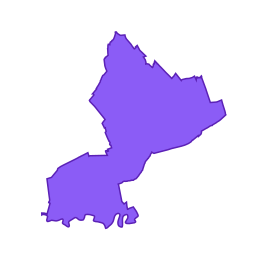 the district of Murgeni, Vaslui, Romania, rotated 81°
{"feature_id": "2599482B64804432182882", "entity_name": "Murgeni", "entity_type": "district", "adm_level": 2, "iso_a3": "ROU", "parent_name": "Romania", "parent_adm1": "Vaslui", "projection": "robinson", "projection_center": [28.041, 46.199], "detail": "fine", "context": "isolated", "style": "filled", "palette": "violet", "viewbox_px": 256, "rotation_deg": 81, "n_neighbors": 0, "source": "geoboundaries", "source_scale": "gbopen_adm2", "svg_char_len": 5787}
<svg xmlns="http://www.w3.org/2000/svg" viewBox="0 0 256 256"><g transform="rotate(81 128 128)"><path d="M200.4,226.7L200.2,226.2L200.1,225.5L200.4,224.2L201.1,222.6L201.7,221.9L202.5,221.3L203.0,221.3L206.3,222.7L207.4,222.5L207.6,222.4L207.7,222.2L207.8,221.1L207.7,220.5L207.6,219.9L207.2,218.3L207.2,217.7L208.3,214.3L208.5,213.5L208.5,212.9L208.5,212.2L208.3,210.8L207.6,208.2L207.6,207.1L207.8,206.8L208.0,206.6L208.5,206.5L209.2,206.6L210.0,206.9L211.3,207.5L211.9,207.5L212.8,206.8L213.6,205.7L215.6,203.6L216.0,203.1L216.3,202.4L216.3,202.1L216.2,201.8L215.7,201.4L214.9,201.2L211.9,201.4L211.4,201.1L210.8,200.5L208.2,194.4L208.4,193.5L208.5,193.2L209.3,192.2L210.6,191.2L211.3,190.1L211.7,188.9L211.8,187.2L211.8,186.8L211.4,186.2L210.2,185.4L209.4,184.9L207.9,184.4L207.2,183.9L206.9,183.4L207.0,181.5L207.6,179.1L209.1,175.8L209.4,175.3L209.8,175.0L210.0,174.9L210.6,175.0L211.8,175.5L213.4,176.4L214.0,176.6L214.3,176.5L214.7,176.0L215.4,174.5L215.7,173.1L216.3,171.5L217.4,169.0L218.1,167.7L219.1,166.9L220.2,166.4L221.7,166.0L223.0,165.9L223.6,165.7L223.5,164.6L223.0,163.6L222.1,162.4L221.3,161.0L220.6,159.9L219.9,159.0L218.7,157.9L217.6,157.1L213.4,155.2L212.3,154.4L211.2,153.1L210.8,151.5L210.8,151.0L211.4,150.0L211.6,149.8L212.3,149.6L212.6,149.6L214.0,150.1L217.4,151.9L219.1,152.6L219.6,152.7L221.2,152.9L222.5,152.7L223.5,152.2L223.9,151.7L224.5,150.8L224.8,150.0L224.8,149.3L224.6,149.1L223.1,148.6L217.6,147.8L215.5,147.2L214.9,146.8L214.3,146.4L213.5,145.0L213.2,143.4L213.2,143.0L213.4,142.5L214.0,142.1L214.7,142.0L215.8,142.0L216.8,142.3L217.4,142.7L220.4,145.2L221.0,145.3L221.3,145.2L221.6,145.0L222.1,144.2L222.6,141.7L222.6,138.5L222.6,136.5L222.4,136.0L222.2,135.5L222.1,135.3L221.5,135.1L220.7,135.4L220.0,135.9L219.4,135.8L219.1,135.7L218.6,135.1L218.0,134.2L216.9,132.1L216.4,131.8L216.2,131.7L215.0,131.8L211.7,132.8L206.8,135.1L207.6,139.5L208.2,140.6L208.2,141.2L204.8,141.3L201.0,141.1L202.4,143.8L199.6,145.6L182.7,146.2L182.3,146.4L181.8,146.4L181.6,144.7L181.5,144.4L181.5,144.0L181.2,142.7L180.1,141.0L180.0,140.0L180.3,138.9L180.4,137.0L180.2,136.1L180.4,134.7L180.3,133.3L180.2,133.3L180.1,132.7L180.3,131.9L180.4,130.7L180.0,130.2L179.7,129.8L179.7,129.4L179.5,129.0L179.4,128.1L179.0,127.6L178.8,127.3L178.6,127.1L178.5,126.9L177.1,125.4L176.9,125.1L176.8,124.9L175.9,124.3L174.9,123.2L174.3,122.7L174.1,122.4L174.0,122.1L173.3,121.7L172.6,121.1L172.5,120.9L172.2,120.7L171.9,120.2L170.6,119.7L169.2,118.9L168.9,118.9L168.0,118.3L167.5,118.1L166.4,117.6L165.4,116.8L164.9,116.6L164.1,116.2L163.2,115.3L161.8,113.6L161.3,113.3L161.1,112.7L159.8,111.6L159.0,110.6L157.4,109.8L156.1,108.5L155.6,108.2L156.0,107.9L156.7,107.0L157.1,106.3L155.7,91.9L155.1,88.1L154.3,78.3L153.8,74.7L153.4,73.0L152.7,70.5L151.5,67.9L150.0,66.3L150.0,66.2L150.1,65.9L146.5,59.9L147.4,59.8L145.6,57.0L144.2,56.2L142.6,56.0L140.7,51.1L140.2,49.5L138.9,46.6L138.6,45.5L138.7,44.5L138.6,44.3L138.2,44.1L136.5,39.8L136.0,39.0L135.3,37.2L134.4,35.5L130.3,29.3L129.5,29.6L128.1,29.5L126.3,29.7L119.5,30.7L115.0,31.2L116.0,35.3L116.2,36.7L115.7,42.7L102.6,44.9L102.3,44.9L90.2,47.3L90.1,47.5L89.7,47.3L88.9,47.4L88.6,47.2L88.0,47.4L88.3,47.8L88.9,48.3L89.3,48.8L89.6,49.0L89.6,49.3L89.4,49.5L89.2,49.8L89.3,50.3L89.4,50.5L88.9,51.1L89.3,51.3L89.4,51.5L89.2,51.7L88.8,51.5L88.4,51.9L88.4,52.1L88.5,52.2L89.0,52.2L89.1,52.6L89.3,52.8L89.6,52.7L90.5,52.9L91.2,53.1L87.2,54.2L88.2,56.6L88.6,59.8L88.3,62.8L88.6,66.5L88.9,67.7L89.4,68.0L81.5,72.4L84.2,74.9L84.8,75.9L85.4,76.4L85.9,77.0L82.1,79.7L79.0,82.0L73.6,85.7L71.4,87.3L69.8,88.3L69.7,88.3L69.1,89.2L68.7,89.1L65.9,91.0L66.5,91.2L67.0,91.7L67.4,91.7L67.6,91.5L67.9,91.6L67.8,91.8L68.0,92.0L68.4,92.0L69.1,92.4L69.0,92.7L68.8,92.8L69.0,93.0L69.3,93.1L69.6,93.0L70.1,93.2L70.3,93.2L70.5,93.4L70.9,93.6L71.1,93.6L71.5,94.0L71.8,94.0L72.1,94.4L71.7,94.9L71.2,95.1L69.5,96.6L68.2,97.4L67.6,99.1L67.5,99.8L67.6,100.4L66.8,100.3L66.3,100.0L66.0,100.0L63.2,100.3L62.5,100.7L61.2,101.2L60.3,101.7L59.8,99.1L53.1,104.2L47.9,106.0L49.1,107.9L49.7,107.6L50.1,108.3L50.7,108.8L50.8,109.4L50.6,109.6L47.7,111.1L45.7,112.0L39.9,115.6L38.7,116.1L37.2,116.4L35.6,116.5L35.5,117.9L35.4,119.6L35.4,120.3L35.2,121.1L34.5,122.0L33.4,123.2L32.6,123.9L31.5,124.4L31.2,124.7L31.2,125.5L31.3,125.6L31.7,125.6L32.4,125.5L33.9,126.1L36.1,127.2L37.9,128.3L38.8,129.3L39.1,130.2L40.1,130.8L40.2,131.1L40.2,131.7L40.5,132.1L41.7,132.7L42.9,133.0L42.2,134.2L42.2,134.4L43.3,134.9L46.0,135.4L46.6,135.8L47.1,135.7L51.3,136.2L53.1,136.3L53.5,137.0L53.9,137.6L54.1,138.1L54.5,138.6L54.5,139.0L54.8,139.2L54.8,139.4L55.1,139.6L55.4,139.7L55.4,139.9L55.7,140.1L56.1,140.6L56.7,140.9L63.0,141.1L65.7,140.7L68.5,140.0L69.0,140.4L69.5,141.0L71.5,143.2L71.9,143.9L72.2,144.7L72.3,144.8L74.9,146.6L75.7,146.8L76.8,147.8L78.1,148.2L79.8,149.6L81.3,150.7L82.2,151.6L84.1,153.2L84.5,152.9L88.7,157.7L88.8,157.0L90.0,156.5L93.5,160.5L94.3,161.5L94.7,161.8L96.0,161.4L101.4,157.6L116.0,149.3L117.9,151.4L119.4,152.8L123.1,151.6L124.3,151.3L124.2,150.4L124.6,150.5L127.9,150.1L128.2,150.3L128.6,151.0L128.9,151.2L134.3,149.9L138.2,148.8L138.2,148.5L138.3,148.5L139.8,148.0L140.9,148.6L141.3,148.6L142.1,148.3L142.3,148.0L142.4,147.6L145.0,147.3L145.8,151.4L147.7,151.0L147.9,151.8L147.5,151.9L147.3,152.1L146.9,152.8L147.0,153.3L147.1,153.7L147.8,153.8L151.8,152.7L150.9,159.3L149.5,169.7L149.5,170.3L149.8,171.0L146.1,171.5L148.0,177.2L148.0,177.6L148.4,178.2L148.4,178.8L149.0,180.1L149.0,180.6L149.7,182.3L150.7,185.3L154.4,197.2L155.7,201.0L156.1,201.7L157.0,203.6L157.9,204.1L158.7,204.4L164.8,211.3L165.5,216.0L182.1,216.5L186.6,216.6L187.4,216.8L188.9,217.5L189.0,217.6L188.9,217.9L189.3,218.0L189.4,217.7L190.1,217.0L190.2,216.8L200.3,221.4L199.9,221.9L198.9,224.2L198.5,226.5L200.4,226.7Z" fill="#8b5cf6" stroke="#5b21b6" stroke-width="1.5"/></g></svg>